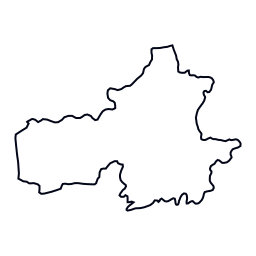 Akciabrski, Gomel, Belarus
{"feature_id": "67162791B76840313346110", "entity_name": "Akciabrski", "entity_type": "district", "adm_level": 2, "iso_a3": "BLR", "parent_name": "Belarus", "parent_adm1": "Gomel", "projection": "albers", "projection_center": [28.984, 52.671], "detail": "fine", "context": "isolated", "style": "outline", "palette": "ink", "viewbox_px": 256, "rotation_deg": 0, "n_neighbors": 0, "source": "geoboundaries", "source_scale": "gbopen_adm2", "svg_char_len": 3909}
<svg xmlns="http://www.w3.org/2000/svg" viewBox="0 0 256 256"><path d="M18.4,178.7L20.8,179.9L23.3,181.3L26.7,181.7L29.1,183.3L31.6,183.3L33.7,183.1L37.7,184.3L39.5,185.9L39.5,189.2L39.2,192.4L41.3,193.8L44.2,193.6L47.8,192.7L52.1,191.6L55.5,190.5L58.2,189.6L60.7,188.7L61.6,186.2L62.7,184.0L65.2,183.7L68.1,184.2L71.3,184.0L74.9,183.1L78.1,183.1L82.8,183.8L87.1,184.1L91.8,184.3L94.7,184.3L96.1,183.2L97.0,180.7L97.7,178.7L99.3,177.1L99.5,174.4L99.7,172.2L101.1,169.2L103.1,168.6L105.8,168.6L108.3,165.4L110.3,163.2L114.6,161.2L117.1,161.2L118.0,163.2L120.4,164.3L122.7,164.6L122.9,166.8L121.6,169.7L121.1,170.9L120.0,174.7L120.0,177.2L120.6,179.9L122.0,181.9L124.0,183.7L125.8,185.1L126.0,186.4L124.7,188.7L122.9,190.0L120.4,193.4L119.5,195.4L121.1,196.8L123.8,196.8L125.4,195.2L127.4,196.3L127.6,197.5L127.6,200.4L127.6,202.2L129.2,202.2L131.6,201.6L133.5,202.3L131.4,204.0L129.0,205.9L127.8,207.1L126.6,209.0L126.6,209.9L127.7,210.6L128.9,210.3L131.3,209.8L133.1,209.1L135.3,208.4L137.5,208.2L139.3,208.2L140.9,208.0L144.1,207.3L145.6,206.8L147.5,206.1L150.2,205.1L153.1,202.9L154.7,200.4L157.6,200.6L158.4,201.9L159.3,201.2L160.4,199.3L161.6,198.6L163.0,199.7L164.7,201.1L166.5,201.5L168.3,201.1L170.2,200.0L171.8,199.0L173.3,198.3L174.8,198.7L175.3,200.9L175.5,203.0L176.0,204.4L176.8,204.8L178.1,204.4L178.7,202.8L179.0,201.0L179.8,199.2L180.4,197.4L182.0,194.8L184.0,193.4L185.9,193.8L186.8,195.4L187.1,198.1L186.9,199.9L186.5,202.1L186.7,203.5L188.3,203.3L189.8,202.1L191.4,201.3L192.7,201.1L193.8,202.2L194.9,203.2L195.9,203.7L198.4,203.3L199.6,202.4L201.8,200.0L203.1,197.4L203.9,194.0L204.7,192.1L207.4,191.3L210.2,190.9L212.7,190.0L213.8,187.8L213.8,187.7L213.4,186.0L212.1,184.3L210.7,182.7L209.8,180.7L209.8,178.5L210.0,175.7L211.3,173.3L211.5,171.4L210.2,169.9L210.0,168.6L210.8,166.2L212.4,165.0L214.5,163.8L215.4,162.4L216.1,161.3L217.6,160.0L219.4,160.5L220.9,161.8L222.1,162.8L224.0,162.9L226.9,162.3L228.3,161.3L229.4,160.4L231.6,157.4L231.2,155.8L230.6,154.6L230.6,152.7L231.5,150.8L232.8,149.2L235.2,148.3L238.2,147.4L240.4,146.0L240.6,143.7L240.0,142.3L238.8,140.9L237.5,139.8L235.8,139.3L233.4,139.8L232.0,140.1L230.5,140.0L229.4,139.4L226.8,140.6L225.8,141.1L224.1,140.9L222.5,140.5L220.9,140.1L218.9,139.9L217.5,139.7L215.7,139.1L214.6,139.1L213.5,139.1L211.8,138.5L210.5,137.6L207.9,138.6L206.6,139.4L205.1,140.0L203.0,139.9L201.4,139.2L201.1,138.0L201.1,136.2L201.4,134.9L201.4,133.5L200.1,131.9L199.3,130.8L198.3,129.0L197.8,126.9L196.7,123.6L196.4,121.1L195.9,117.8L196.8,113.4L197.9,109.9L199.8,107.1L202.5,103.5L204.2,100.7L205.2,97.1L203.8,94.7L203.5,92.4L204.3,91.1L206.0,90.8L207.5,92.2L209.2,92.1L211.1,89.6L211.8,86.6L212.3,84.6L213.8,82.3L213.3,80.3L212.0,78.5L210.7,77.6L208.6,77.0L206.3,77.0L203.3,77.1L200.7,76.8L198.1,77.5L196.5,76.9L195.1,75.6L193.5,75.2L191.7,75.4L189.8,75.1L188.9,72.8L188.8,70.5L187.6,70.6L186.2,71.5L184.8,72.7L183.5,72.8L181.9,72.8L179.6,72.4L178.3,71.5L178.0,67.2L178.4,64.5L177.9,61.5L176.7,59.2L176.1,55.6L173.8,49.8L172.4,45.4L170.5,45.8L167.1,46.9L164.2,47.2L159.9,48.0L157.0,48.1L153.1,48.1L151.5,49.3L151.5,52.4L151.5,52.9L152.1,55.6L152.0,59.4L150.3,62.1L149.0,65.1L145.5,66.9L144.0,68.9L143.0,73.2L141.2,75.5L137.2,78.8L134.6,81.5L131.9,84.3L130.1,85.8L126.1,86.1L123.8,87.3L121.3,89.1L117.7,90.1L114.7,89.1L110.2,88.3L107.9,90.3L107.4,93.6L108.1,97.9L110.2,100.2L113.4,101.4L114.7,102.7L115.2,105.5L115.2,108.2L112.4,109.5L108.6,109.0L105.6,109.5L102.8,111.2L100.8,114.0L99.3,116.5L97.5,119.6L95.2,120.1L92.4,118.0L90.9,116.0L87.4,114.5L84.6,115.0L82.6,116.5L80.1,118.0L76.0,118.0L72.2,115.9L68.4,115.9L64.4,117.2L61.9,119.9L58.1,122.2L54.8,122.4L51.0,121.1L47.2,119.6L42.9,119.1L41.4,120.3L38.1,122.1L35.3,119.8L32.8,119.0L31.5,119.2L30.3,120.0L27.5,121.5L27.1,121.9L28.6,123.5L26.5,127.7L21.6,130.7L15.8,134.5L15.4,138.2L16.2,146.5L17.2,155.6L18.1,161.8L18.9,173.4L18.4,178.7Z" fill="none" stroke="#020617" stroke-width="2"/></svg>